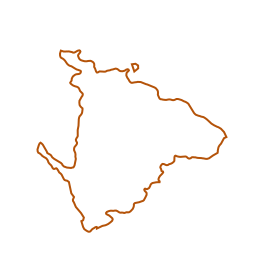 the border of Madrid, rotated 76°
{"feature_id": "ESP-5833", "entity_name": "Madrid", "entity_type": "Autonomous Community", "adm_level": 1, "iso_a3": "ESP", "parent_name": "Spain", "parent_adm1": "", "projection": "robinson", "projection_center": [-3.775, 40.528], "detail": "fine", "context": "isolated", "style": "outline", "palette": "amber", "viewbox_px": 256, "rotation_deg": 76, "n_neighbors": 0, "source": "natural_earth", "source_scale": "10m", "svg_char_len": 5034}
<svg xmlns="http://www.w3.org/2000/svg" viewBox="0 0 256 256"><g transform="rotate(76 128 128)"><path d="M218.0,182.4L217.1,182.1L216.6,182.2L216.3,182.8L216.5,184.1L216.9,185.1L217.2,186.3L217.6,187.3L218.2,188.2L218.9,189.1L219.3,190.0L219.2,191.1L218.5,192.2L217.3,193.4L215.5,194.9L213.1,195.5L207.1,195.8L206.8,194.3L206.4,193.7L204.2,192.5L199.3,194.1L192.0,197.7L187.0,198.5L185.5,199.0L184.2,198.8L181.9,197.1L177.7,198.8L166.1,198.4L164.5,199.7L163.7,201.3L163.1,202.1L162.1,202.6L157.2,203.7L156.2,204.2L155.5,204.7L154.6,205.4L154.5,205.5L152.2,206.1L150.3,206.8L149.7,207.4L149.9,209.5L149.6,210.2L148.6,210.8L145.8,211.5L143.6,212.9L142.2,213.5L140.0,213.7L138.7,214.2L137.8,214.6L137.0,215.3L135.9,216.5L134.1,218.1L133.1,218.5L131.2,219.9L130.3,221.0L128.9,221.3L126.9,221.0L123.1,218.7L121.6,217.5L121.1,216.4L122.2,215.5L123.6,214.7L131.2,212.5L132.6,212.4L133.2,211.9L135.2,209.8L135.9,209.3L138.1,208.6L140.1,207.1L145.7,201.5L147.3,200.6L148.2,200.5L149.6,199.6L150.2,199.1L150.4,198.6L151.4,197.2L151.7,196.6L152.8,193.5L153.0,192.8L152.9,191.3L153.0,190.6L152.5,189.9L151.3,188.9L145.4,186.1L143.1,186.0L141.2,185.4L139.5,185.2L136.5,185.7L135.0,185.3L134.3,185.0L133.5,184.4L131.6,181.9L130.8,181.3L129.8,181.0L127.8,181.5L126.7,181.4L125.5,180.5L124.8,179.7L124.2,179.1L123.6,178.7L117.8,177.3L113.9,175.5L107.5,173.6L106.0,172.9L104.9,172.1L104.3,171.1L103.5,170.1L102.6,169.2L101.5,168.6L98.9,167.6L97.9,167.4L96.8,168.2L95.6,168.9L94.0,169.4L91.7,169.1L89.8,168.5L86.4,165.3L85.7,164.4L84.7,163.8L83.6,163.7L80.6,165.5L77.6,166.0L76.2,166.9L75.6,167.7L74.7,169.3L73.7,170.7L72.9,171.5L71.2,172.8L70.5,173.1L70.0,173.1L68.4,171.3L66.5,170.6L65.4,169.7L64.6,168.9L63.7,166.9L63.4,165.9L63.4,164.8L63.7,162.7L63.6,161.7L63.1,160.8L62.3,160.2L61.6,160.0L61.0,160.2L59.5,162.4L58.9,163.5L58.1,164.4L54.4,168.0L53.8,169.1L52.7,170.4L51.0,171.5L47.3,172.9L45.8,173.8L44.6,174.8L44.0,175.7L42.9,176.3L41.4,176.4L39.4,176.0L36.7,174.4L38.3,171.8L39.4,166.8L40.9,163.8L41.6,163.0L41.8,161.9L41.6,160.7L41.0,158.8L40.8,157.7L40.9,156.4L41.5,155.8L42.4,155.7L43.2,156.3L44.6,158.2L45.3,158.8L45.9,159.0L47.9,158.8L49.1,158.5L50.5,157.6L51.5,156.2L52.7,154.0L53.1,152.6L53.3,151.6L53.3,150.7L53.7,148.3L54.2,147.4L55.3,146.3L55.9,145.8L56.7,145.5L57.4,145.3L58.2,145.4L59.2,145.6L59.9,145.9L60.6,146.0L61.1,146.0L62.0,145.6L65.4,145.3L66.6,144.8L66.8,144.0L66.2,141.9L67.2,138.7L67.6,137.5L67.8,136.5L67.7,135.5L67.4,134.6L67.5,132.8L67.6,132.0L67.6,131.3L67.4,130.4L67.5,128.3L67.4,127.0L67.4,125.5L68.2,124.1L69.1,123.3L70.0,122.7L70.5,122.3L70.8,121.8L71.1,121.3L71.6,119.6L71.6,118.6L71.6,117.6L71.3,116.5L70.9,115.5L70.9,114.1L71.4,113.4L72.3,113.2L72.9,113.9L73.8,115.6L74.6,116.2L75.6,116.6L76.7,116.9L79.0,116.5L81.1,115.7L82.4,115.4L83.7,114.9L84.9,113.9L85.2,112.9L85.3,110.7L85.6,108.3L85.6,107.4L86.5,104.5L89.9,99.8L90.4,98.8L95.1,92.4L96.3,91.3L98.7,90.2L100.2,90.2L101.6,90.5L102.6,90.9L103.7,90.9L106.4,90.4L107.1,90.2L107.9,89.5L108.3,88.4L108.9,87.3L109.7,85.2L110.0,84.1L110.1,81.9L110.3,80.8L110.8,79.6L111.6,78.3L112.0,77.1L112.0,76.0L111.6,74.0L111.8,73.0L112.2,72.0L113.8,69.3L115.6,67.3L116.6,65.8L117.8,64.6L119.0,63.6L129.4,60.3L130.5,59.7L131.6,58.9L133.2,56.6L133.8,55.4L134.6,54.3L135.7,52.1L136.9,50.9L138.7,49.4L143.9,46.0L146.2,43.8L148.4,41.2L149.1,40.1L150.1,39.1L151.2,38.0L155.1,35.8L160.6,34.7L161.1,37.3L165.7,41.5L167.0,43.4L168.1,44.5L169.0,45.1L171.8,46.4L172.7,46.6L173.8,47.1L175.2,52.1L177.0,56.7L177.1,58.7L176.7,60.1L175.8,62.0L175.4,63.1L174.9,64.2L173.9,67.5L173.4,68.6L172.8,69.7L172.4,71.1L172.0,72.1L171.9,73.3L172.5,74.5L172.5,76.1L172.0,76.8L171.4,77.4L170.8,77.7L170.3,78.1L169.8,78.6L169.5,79.3L168.8,83.6L168.6,84.5L168.0,86.0L167.3,87.3L166.9,87.9L166.4,88.4L166.4,89.0L166.7,89.5L167.6,90.0L171.1,91.0L171.9,91.9L172.7,93.6L173.0,95.0L173.1,97.0L173.5,98.0L173.5,99.2L173.1,100.1L171.6,102.0L171.2,103.3L171.7,104.2L172.4,105.1L173.2,105.8L174.2,106.2L176.0,105.8L177.7,105.9L178.3,105.3L178.7,104.6L179.6,104.6L180.6,105.8L182.3,108.6L183.7,110.0L185.0,110.8L185.9,110.9L186.8,110.6L187.4,110.2L188.2,110.5L187.5,113.6L187.3,117.6L187.8,118.9L188.5,119.8L189.6,120.5L191.2,121.9L191.6,122.9L191.9,124.1L191.8,124.8L191.5,125.3L191.2,125.6L191.0,126.3L191.3,126.8L191.7,127.1L192.5,127.1L193.2,126.9L194.0,126.4L194.8,126.0L195.5,125.7L196.6,125.9L197.6,126.3L198.5,127.1L199.4,127.8L201.9,130.1L202.3,131.0L202.4,131.6L202.4,132.2L202.7,135.1L202.5,139.3L202.9,140.3L203.8,140.9L204.9,141.1L206.2,141.8L207.7,143.0L209.5,145.8L210.0,147.5L209.8,148.7L209.5,149.3L209.4,149.8L209.5,151.1L209.6,151.9L209.4,152.6L209.0,153.2L208.5,154.6L208.5,155.3L208.2,156.1L207.7,156.9L206.0,158.5L205.2,159.6L204.9,161.2L204.8,162.5L204.3,163.8L204.0,165.2L204.0,166.8L204.3,168.8L205.2,169.9L206.1,169.9L207.0,169.1L207.7,168.2L208.5,167.3L211.7,165.1L212.8,164.9L214.2,165.8L215.2,167.7L216.3,170.3L216.7,172.1L216.9,173.4L216.8,176.5L218.0,182.4ZM72.6,103.7L74.7,108.2L67.1,108.8L67.5,105.2L69.8,103.1L72.6,103.7Z" fill="none" stroke="#b45309" stroke-width="2"/></g></svg>